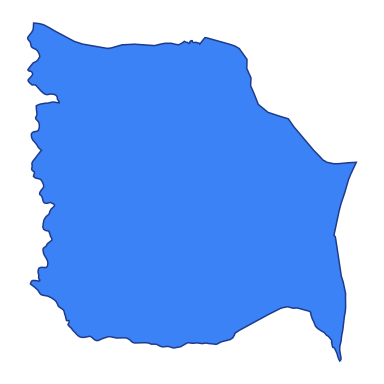 the district of Sukhuma, Champasak, Laos
{"feature_id": "54806243B81764189920693", "entity_name": "Sukhuma", "entity_type": "district", "adm_level": 2, "iso_a3": "LAO", "parent_name": "Laos", "parent_adm1": "Champasak", "projection": "albers", "projection_center": [105.623, 14.635], "detail": "fine", "context": "isolated", "style": "filled", "palette": "blue", "viewbox_px": 384, "rotation_deg": 0, "n_neighbors": 0, "source": "geoboundaries", "source_scale": "gbopen_adm2", "svg_char_len": 5424}
<svg xmlns="http://www.w3.org/2000/svg" viewBox="0 0 384 384"><path d="M33.6,23.0L33.4,26.4L33.2,29.3L31.8,32.1L28.3,36.5L27.7,37.9L27.8,38.8L28.4,40.0L30.0,41.7L30.5,43.1L31.2,46.4L32.2,47.6L33.7,48.4L35.9,49.4L37.0,50.3L38.2,52.0L39.3,54.3L39.8,56.6L37.9,59.9L36.2,61.5L33.3,62.8L32.7,63.5L31.0,65.5L28.1,69.4L27.9,70.0L29.0,71.0L30.6,71.3L31.7,71.9L32.4,72.8L32.6,74.5L31.6,76.0L28.3,79.6L28.1,80.2L28.3,81.2L29.4,82.6L31.6,84.6L32.3,84.9L34.6,84.8L35.9,85.3L36.9,86.4L40.6,90.6L42.6,92.5L44.3,93.8L46.4,94.6L47.7,94.6L50.4,94.0L53.2,94.2L55.4,94.9L56.6,95.9L57.2,97.1L57.4,99.2L59.3,102.1L59.2,102.8L56.3,102.5L54.2,102.0L51.6,102.2L48.1,103.1L45.4,103.2L40.2,104.1L36.7,105.5L36.2,106.0L36.5,110.3L36.9,113.0L36.9,115.1L35.7,117.4L35.6,118.3L35.9,119.0L38.8,122.3L39.4,125.6L39.1,128.5L37.8,131.0L33.4,131.9L32.3,132.7L31.8,133.3L31.4,133.9L31.3,135.2L31.7,137.8L33.0,140.3L34.9,142.4L36.7,144.6L38.1,147.0L39.4,148.6L41.5,150.3L39.5,152.6L36.1,157.1L33.3,160.6L32.2,162.4L32.2,162.5L31.9,163.7L32.2,166.3L31.6,169.0L32.4,170.6L33.3,171.2L34.3,171.8L34.4,173.2L33.8,174.9L33.4,176.2L34.5,177.4L35.9,178.1L38.3,178.7L39.8,179.0L40.9,179.8L41.8,181.0L42.5,182.2L43.5,184.7L43.7,186.7L43.3,187.6L41.5,189.8L40.0,192.1L39.6,193.4L39.8,194.6L40.6,195.0L41.3,195.8L42.1,197.1L42.8,199.9L43.3,201.6L44.1,202.7L45.3,203.2L46.7,203.3L49.3,202.7L50.4,202.4L52.1,203.3L53.7,204.1L54.5,204.8L54.4,205.8L53.2,207.2L51.1,209.1L49.7,211.7L49.5,212.8L48.8,214.4L46.5,216.2L45.4,217.5L44.9,218.4L43.9,220.2L43.7,221.1L43.2,223.7L43.1,225.6L42.8,226.7L43.2,228.3L43.8,229.4L44.8,230.0L46.0,230.6L47.8,230.9L48.8,231.1L49.8,233.9L50.7,236.8L51.7,238.2L51.9,239.1L51.8,240.1L50.4,241.4L48.0,243.2L47.1,244.1L46.5,245.6L45.5,246.7L44.5,247.3L43.3,248.3L43.0,249.5L43.3,252.3L44.2,254.9L45.8,257.6L47.3,260.3L47.9,262.9L47.6,265.5L47.0,266.8L46.0,267.5L44.4,267.5L43.3,267.4L41.3,267.3L40.2,267.6L39.1,268.1L38.4,269.4L38.0,271.5L38.3,273.3L38.8,275.2L38.6,276.9L38.6,278.0L39.3,279.6L39.9,280.0L39.5,281.0L38.4,281.0L35.1,280.5L34.0,280.5L32.8,280.5L31.6,281.1L31.0,282.3L30.4,284.0L34.9,287.4L35.8,288.3L37.2,289.5L37.9,290.3L38.4,291.0L39.0,292.0L39.6,293.0L40.2,293.7L40.5,294.1L41.3,294.7L41.8,294.9L42.5,295.1L43.4,295.3L44.7,295.6L46.2,295.8L47.3,296.0L48.4,296.4L49.4,296.9L50.7,297.4L52.6,298.6L53.8,299.4L54.9,300.3L55.7,301.1L56.3,301.8L56.7,302.6L57.4,303.8L57.7,304.7L58.1,305.7L58.4,306.1L58.6,306.5L58.8,306.6L59.9,307.5L61.1,308.3L62.2,309.0L63.1,309.7L63.5,310.1L63.8,310.5L64.0,311.1L64.3,312.3L64.7,313.9L65.1,315.4L65.5,316.1L65.7,316.4L65.7,316.6L65.7,316.8L65.6,317.2L65.6,317.4L65.7,317.7L66.0,318.3L66.1,318.7L66.2,319.1L66.2,319.9L66.3,320.2L67.1,320.8L67.5,320.8L68.0,320.6L68.3,320.5L68.5,320.5L68.8,320.6L69.1,320.8L69.1,321.0L69.1,322.3L69.1,322.6L68.9,323.0L68.7,323.4L68.5,323.6L68.2,323.9L68.1,324.1L68.0,324.3L68.0,324.6L68.2,325.1L68.4,325.4L68.7,325.8L69.0,326.0L69.5,326.3L69.7,326.5L69.9,326.8L70.1,327.1L70.2,327.4L70.4,327.6L70.7,327.8L71.3,328.0L71.6,328.2L72.1,329.5L77.9,335.6L80.1,337.0L82.2,337.4L84.9,337.3L88.1,336.6L90.0,336.3L91.6,337.1L93.2,338.6L94.8,339.9L96.7,340.6L98.3,340.5L101.9,338.8L105.5,337.6L108.6,336.6L111.6,336.9L114.9,337.7L116.7,338.0L120.8,337.9L123.6,337.8L126.6,338.0L129.9,339.8L131.0,341.1L132.9,342.5L133.9,342.8L135.5,343.0L140.5,342.8L145.2,342.7L148.7,343.0L151.0,344.1L154.9,344.2L156.1,344.2L157.0,344.5L158.3,345.2L160.0,346.1L162.0,346.8L164.0,346.8L167.3,346.4L169.0,346.6L171.0,347.2L173.1,347.9L174.4,347.9L180.7,346.7L182.9,345.4L187.3,342.9L188.4,342.7L192.5,343.3L195.8,343.0L197.0,342.9L198.2,343.0L201.8,343.6L203.0,343.5L206.3,343.0L208.3,343.5L211.7,343.8L216.0,344.3L217.2,344.0L221.1,341.9L224.9,340.9L230.1,339.6L232.7,337.9L234.7,334.6L234.7,333.4L239.2,330.4L268.0,314.7L280.7,308.3L283.2,307.6L286.0,307.0L288.0,306.8L290.7,307.6L292.6,308.1L294.2,308.2L296.7,307.9L299.2,308.5L301.9,309.2L305.7,310.3L308.9,311.1L310.7,312.3L310.8,314.3L312.3,318.9L314.1,322.6L315.5,326.2L317.5,328.3L320.8,330.6L324.2,332.5L326.6,335.3L328.0,336.0L328.7,336.7L329.9,338.1L331.4,340.0L331.8,341.0L331.7,341.7L331.5,342.3L331.9,343.6L331.9,344.1L332.1,344.7L332.1,345.1L332.3,345.9L332.5,346.7L332.8,347.2L332.9,347.4L333.8,347.5L334.8,348.7L337.1,353.7L337.4,355.2L337.9,356.7L338.5,358.6L339.7,361.0L340.4,360.4L340.8,359.8L341.0,359.0L341.0,358.2L340.7,356.0L340.2,353.1L339.7,350.0L339.8,346.2L341.0,341.4L341.6,336.4L341.7,335.4L342.8,329.9L343.3,325.6L343.8,321.3L344.4,316.3L345.0,313.1L345.4,310.8L345.4,310.5L345.4,310.4L345.6,307.6L345.6,304.1L345.5,296.3L345.6,293.6L345.1,291.2L343.2,282.1L341.3,276.1L335.5,237.7L335.1,236.4L333.9,235.5L339.0,211.5L339.7,208.6L341.2,203.1L344.7,192.8L348.6,179.3L349.2,178.0L350.8,174.0L352.6,170.2L356.3,162.3L348.9,162.7L338.3,163.7L333.7,163.7L326.5,162.2L325.2,161.2L322.8,159.9L320.4,157.2L313.7,150.3L293.7,126.6L288.3,118.8L278.4,115.8L267.9,112.3L258.3,104.4L254.0,93.5L250.6,85.7L251.0,77.9L246.8,68.6L247.0,59.4L239.2,48.5L237.0,47.3L235.3,46.2L233.3,45.5L230.2,44.4L206.6,37.8L204.9,37.6L199.8,44.1L199.0,43.1L197.6,42.9L196.0,42.3L193.8,42.6L192.3,41.8L192.2,40.7L191.1,40.7L190.0,41.5L189.6,43.1L188.9,43.5L187.6,42.5L185.4,42.0L184.3,41.3L182.6,42.7L179.8,44.3L178.2,44.8L175.5,44.3L171.4,43.3L164.8,43.3L159.8,44.3L154.6,45.6L134.7,44.2L122.2,44.8L111.0,48.0L107.3,48.4L82.7,44.1L74.3,41.4L55.2,31.2L48.9,27.5L43.5,24.7L39.3,23.6L33.6,23.0Z" fill="#3b82f6" stroke="#1e3a8a" stroke-width="1.5"/></svg>